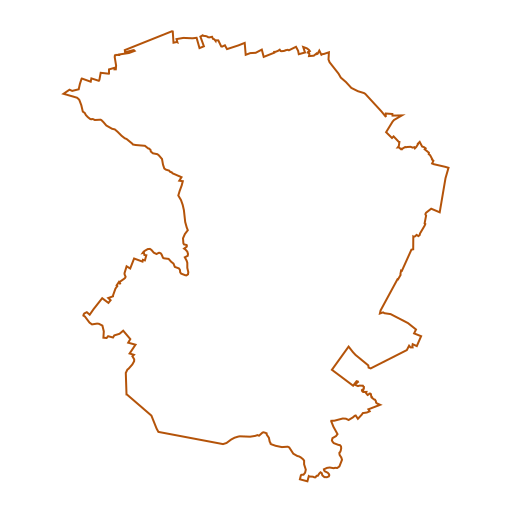 outline of Yanga, Veracruz, Mexico
{"feature_id": "50627088B86656079275604", "entity_name": "Yanga", "entity_type": "district", "adm_level": 2, "iso_a3": "MEX", "parent_name": "Mexico", "parent_adm1": "Veracruz", "projection": "mercator", "projection_center": [-96.801, 18.823], "detail": "fine", "context": "isolated", "style": "outline", "palette": "amber", "viewbox_px": 512, "rotation_deg": 0, "n_neighbors": 0, "source": "geoboundaries", "source_scale": "gbopen_adm2", "svg_char_len": 5980}
<svg xmlns="http://www.w3.org/2000/svg" viewBox="0 0 512 512"><path d="M126.5,394.4L126.8,394.4L151.4,415.6L156.6,428.6L158.4,431.9L223.0,444.1L226.5,443.0L231.2,439.5L234.6,437.7L238.2,436.6L239.8,436.3L250.1,436.7L255.2,435.9L257.5,435.1L259.0,435.7L262.5,432.6L263.4,432.3L264.7,432.6L266.6,433.3L266.7,434.6L268.9,437.8L269.7,441.7L270.5,443.0L270.5,443.7L271.1,444.2L275.6,445.8L281.9,447.1L287.7,446.7L289.2,447.4L293.3,453.7L297.3,456.0L299.0,456.4L300.8,457.4L303.0,459.2L304.1,460.6L304.1,464.3L305.8,469.7L305.1,472.7L303.5,474.7L301.4,474.8L300.9,475.3L299.9,479.3L307.4,481.3L308.8,476.1L309.4,476.5L312.9,476.7L314.3,477.3L315.5,477.3L316.6,475.8L317.8,475.8L319.3,473.5L320.5,472.3L321.7,473.1L322.4,475.4L324.4,477.1L326.9,477.2L328.8,476.4L329.3,475.1L329.0,474.2L327.7,472.7L325.0,471.4L324.2,470.6L323.9,469.3L327.0,467.9L329.7,467.5L333.7,468.2L335.1,467.8L337.2,468.0L339.3,466.5L339.6,465.9L342.0,459.8L341.3,457.5L339.7,455.1L339.4,453.7L339.4,452.7L340.2,451.9L340.7,450.7L341.2,448.2L341.0,446.4L339.9,445.1L338.4,444.9L333.7,443.1L332.4,441.5L331.9,440.3L332.5,438.1L336.0,436.1L337.5,434.1L333.4,426.7L331.2,421.2L331.3,420.8L334.4,420.7L342.8,418.5L345.9,418.7L348.6,420.0L352.9,417.4L354.7,415.8L355.7,415.5L357.9,418.8L361.8,414.6L362.8,413.1L366.9,412.5L369.7,411.3L368.4,409.3L380.1,404.8L376.8,403.3L376.1,402.6L375.8,401.0L375.0,399.7L374.2,399.5L371.6,397.5L371.9,397.0L371.2,396.2L370.9,394.1L370.0,393.5L369.4,393.6L368.7,394.4L367.6,395.0L366.0,393.0L366.4,391.9L363.5,392.0L362.8,391.8L362.0,390.8L361.9,390.1L362.5,389.6L363.3,390.0L363.9,388.3L363.9,386.9L363.4,386.7L362.9,385.7L359.5,385.6L358.0,386.1L355.4,385.0L355.7,384.5L355.5,383.5L355.8,383.2L356.7,383.1L356.8,382.5L358.0,381.9L357.8,381.5L356.6,381.2L353.1,385.7L331.9,369.8L348.6,346.6L352.9,352.1L355.6,355.0L368.3,365.4L368.6,367.6L370.7,368.4L406.8,350.1L409.1,345.7L410.5,347.4L412.6,347.4L412.4,345.7L412.7,344.2L416.8,346.1L421.1,336.2L414.1,333.4L416.0,329.5L408.0,323.1L390.6,314.1L384.4,313.2L383.1,312.4L379.9,313.5L380.6,310.4L397.5,279.2L398.0,279.4L400.6,274.9L400.4,274.1L401.1,270.5L401.9,270.8L411.4,249.7L413.2,249.3L413.3,236.5L413.8,236.8L415.1,236.3L416.6,234.9L418.4,236.1L419.7,235.0L420.0,233.5L424.6,225.7L425.3,224.0L424.6,223.4L426.1,215.6L425.4,214.4L425.6,213.5L426.1,212.7L431.2,208.7L439.7,212.3L445.5,178.2L448.5,167.8L445.1,166.8L433.8,164.2L432.1,163.5L433.4,160.8L432.1,159.6L432.3,159.3L430.1,155.2L428.7,154.1L428.9,152.7L424.7,149.3L425.6,148.3L424.1,147.2L422.1,146.5L419.7,141.9L417.9,143.7L418.1,144.0L416.3,146.9L414.9,148.3L414.4,147.2L412.7,147.6L410.5,146.8L407.1,147.0L405.9,147.3L405.2,147.0L402.8,148.4L402.0,149.2L401.5,148.8L401.0,149.2L398.8,147.3L397.8,147.4L398.8,146.1L399.4,142.0L398.8,141.9L393.6,136.4L392.0,138.0L386.1,132.2L392.6,121.6L394.0,120.0L401.9,115.4L392.5,115.6L392.4,114.0L385.8,113.5L385.7,116.1L386.0,117.0L381.5,111.5L365.3,93.9L364.1,93.1L357.9,91.2L351.3,87.9L345.9,82.0L340.8,77.6L338.5,73.6L329.6,62.3L328.5,59.5L328.9,52.3L323.8,54.0L322.6,54.1L321.4,54.8L319.3,50.6L317.6,53.8L316.8,54.1L316.5,53.5L313.8,55.7L309.0,56.1L309.4,54.0L309.2,53.3L307.7,52.6L307.9,52.1L309.8,51.1L308.8,49.8L306.8,48.3L303.2,47.0L305.0,52.5L298.8,54.2L298.1,50.8L296.0,46.8L288.9,50.3L287.8,49.8L285.3,50.3L284.9,50.7L283.5,51.0L281.4,51.2L280.6,51.0L279.7,49.7L278.1,50.8L275.6,51.8L274.2,51.9L274.3,52.7L263.7,56.9L261.8,49.6L255.7,52.8L250.3,53.1L245.7,54.8L244.7,42.9L238.4,45.4L227.0,49.1L224.9,45.3L222.1,46.6L221.2,46.4L218.3,40.4L215.7,40.3L215.6,41.0L214.3,39.3L212.9,38.8L212.1,36.8L209.2,37.4L208.0,37.2L207.5,36.7L205.9,36.1L203.1,35.8L202.7,35.3L200.4,36.6L203.9,46.3L199.5,48.1L196.6,37.8L192.6,38.3L183.4,37.9L176.5,39.1L177.4,42.3L176.7,42.0L173.5,42.7L172.7,30.7L172.6,31.0L124.8,50.1L125.1,52.3L133.4,50.1L133.8,50.1L134.6,50.9L129.0,53.0L119.0,54.5L119.1,55.0L116.0,54.9L115.5,55.4L114.9,55.4L114.7,57.0L116.1,65.6L115.8,69.3L114.5,69.3L114.6,67.8L109.0,69.4L109.0,73.6L108.6,73.7L100.7,72.8L99.4,79.8L98.8,80.8L91.4,78.4L90.7,81.7L81.8,78.5L81.6,78.7L79.9,83.9L78.7,89.3L72.2,90.9L69.5,89.7L63.5,93.8L77.0,97.7L78.5,99.0L79.3,99.9L81.3,105.2L82.8,111.6L84.7,112.9L85.9,115.1L87.9,117.2L90.2,119.0L91.2,119.3L92.1,119.0L93.2,119.2L94.8,120.0L100.6,119.7L101.5,120.2L103.5,122.2L106.3,125.5L112.1,128.8L114.8,129.4L117.6,131.8L121.6,135.8L124.8,138.3L126.6,139.0L132.2,143.6L132.9,144.5L135.6,145.0L144.9,145.8L148.3,148.5L149.1,148.6L150.5,149.9L150.8,151.5L152.9,153.3L157.4,154.2L158.8,155.3L162.0,159.0L163.0,164.6L164.3,168.5L165.8,169.6L169.1,170.6L170.3,172.0L171.6,172.2L172.5,173.3L181.5,177.2L179.3,180.7L182.8,181.2L181.7,185.4L179.6,191.1L178.3,195.5L181.0,200.1L182.7,204.9L183.9,210.2L185.2,222.0L186.7,227.4L187.8,230.2L184.9,234.0L183.0,238.3L183.4,243.4L184.0,244.4L186.6,245.0L186.9,245.9L186.7,246.7L184.1,248.6L185.3,249.4L187.3,251.6L188.0,254.0L187.7,255.8L184.8,257.3L186.6,260.6L187.3,262.8L187.3,267.9L188.3,272.2L188.0,274.3L186.4,275.4L185.2,275.2L181.1,273.6L180.2,272.3L179.9,269.8L178.9,268.4L174.8,266.9L173.5,263.6L171.2,261.8L168.6,258.9L163.9,258.3L163.0,257.8L161.6,254.5L160.8,253.4L159.6,252.8L158.8,252.8L156.5,254.0L153.8,252.7L151.4,249.9L149.9,248.9L147.7,249.1L144.5,251.0L143.3,252.1L142.7,253.0L143.9,252.7L144.4,255.0L146.3,255.3L144.9,260.4L142.9,259.8L142.5,261.6L142.2,261.5L134.1,258.5L130.2,268.5L126.6,266.3L124.5,273.2L124.6,274.4L125.6,276.8L125.1,277.9L124.1,278.8L119.4,282.1L120.5,284.3L118.9,282.0L116.6,285.4L117.3,286.1L115.5,288.5L113.1,295.2L113.0,296.3L108.3,298.0L110.6,300.2L108.4,302.9L102.2,298.2L93.6,309.1L89.7,314.7L86.8,312.2L84.4,313.4L83.7,314.3L83.4,315.6L84.9,316.5L89.5,322.6L92.0,324.4L97.1,323.6L98.9,323.8L102.4,325.6L103.8,331.4L103.4,337.7L106.6,338.0L108.1,336.2L113.0,337.5L114.3,335.4L119.5,333.8L123.2,330.7L130.3,339.1L128.2,342.7L135.5,344.7L129.6,353.5L133.9,354.8L132.4,356.3L134.2,359.3L134.1,361.3L132.3,364.5L128.6,368.7L127.4,369.6L125.8,372.9L126.5,394.4Z" fill="none" stroke="#b45309" stroke-width="2"/></svg>